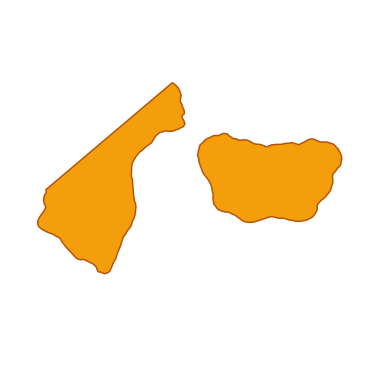 North Thiladhunmathe, Maldives, rotated 140°
{"feature_id": "70690204B83662482201246", "entity_name": "North Thiladhunmathe", "entity_type": "district", "adm_level": 2, "iso_a3": "MDV", "parent_name": "Maldives", "parent_adm1": "", "projection": "mercator", "projection_center": [72.988, 6.959], "detail": "fine", "context": "isolated", "style": "filled", "palette": "amber", "viewbox_px": 384, "rotation_deg": 140, "n_neighbors": 0, "source": "geoboundaries", "source_scale": "gbopen_adm2", "svg_char_len": 4120}
<svg xmlns="http://www.w3.org/2000/svg" viewBox="0 0 384 384"><g transform="rotate(140 192 192)"><path d="M302.4,287.7L303.5,285.8L304.5,285.0L306.5,284.7L308.1,283.6L309.6,282.5L311.0,281.0L312.1,279.1L313.0,277.5L313.0,275.6L314.3,274.1L317.5,272.7L320.0,272.0L322.8,271.3L325.4,270.5L328.4,269.1L330.8,266.8L331.6,264.1L331.4,261.8L330.6,259.1L328.7,254.4L327.2,251.7L325.9,249.5L324.8,246.4L323.7,243.7L322.9,241.2L323.3,238.9L323.7,236.6L323.8,233.5L323.9,231.1L323.9,228.4L323.6,225.1L323.4,222.4L323.4,219.6L323.3,217.4L322.9,214.7L321.9,213.2L321.4,212.3L320.7,211.7L318.5,210.2L317.2,207.7L315.5,203.7L314.3,201.3L313.7,198.8L313.5,197.0L313.9,195.1L314.7,193.0L315.1,191.8L314.6,190.3L313.7,189.8L312.8,188.0L311.6,185.7L309.5,184.5L306.3,184.1L301.8,186.1L298.6,187.9L296.3,188.9L293.8,189.7L291.9,190.7L289.8,192.3L287.4,193.5L284.8,195.0L281.2,196.8L278.3,198.8L273.7,201.6L270.2,202.4L266.4,203.8L262.6,204.6L260.4,205.4L256.2,207.9L252.4,209.7L249.7,211.6L247.4,213.8L244.6,216.6L242.7,219.3L242.0,221.7L239.9,225.2L237.9,228.6L235.7,231.4L234.0,233.8L232.4,236.1L229.9,239.4L228.5,242.7L226.6,245.2L223.6,248.2L222.0,250.1L220.1,251.8L217.3,253.4L214.0,254.5L211.7,255.3L209.2,255.8L207.7,256.0L206.0,256.2L201.7,256.0L197.3,256.4L194.7,255.9L191.3,255.8L188.0,256.8L184.5,258.1L181.3,258.4L178.8,258.3L175.9,257.1L172.9,255.9L172.0,254.7L169.9,252.7L167.4,250.9L164.5,249.9L161.4,248.8L158.5,248.2L156.6,247.7L153.9,248.5L152.4,251.7L151.9,255.0L151.5,256.3L149.5,256.9L147.6,256.9L145.6,259.3L144.8,262.5L143.2,266.4L143.0,268.7L140.5,271.2L138.2,273.0L136.6,276.8L135.7,280.3L135.8,282.3L135.8,284.1L136.2,285.9L136.4,287.3L137.1,288.4L302.4,287.7ZM183.0,166.4L183.3,164.1L183.3,162.7L182.9,160.7L182.1,159.6L181.4,158.1L180.6,157.0L179.2,155.0L177.9,154.0L176.8,152.8L176.2,151.4L175.6,149.8L174.8,148.0L174.2,147.2L173.7,146.0L173.4,144.4L173.2,143.2L172.8,141.6L172.3,140.2L171.8,137.9L171.1,136.0L169.5,134.0L168.2,132.4L167.3,131.6L165.1,129.9L163.4,129.0L161.2,128.1L159.0,127.1L157.5,126.5L155.2,125.7L151.7,124.3L148.5,123.0L146.4,121.7L144.9,119.7L144.1,118.4L142.3,116.1L139.8,114.1L138.0,112.1L136.8,110.0L135.7,108.3L134.1,106.6L133.2,105.6L132.2,104.2L131.5,103.0L130.1,101.9L128.5,100.4L126.3,99.0L124.1,97.8L122.0,96.8L118.7,95.9L116.7,95.6L114.4,95.6L111.6,96.4L109.9,96.8L108.2,97.7L106.7,98.7L105.9,99.9L105.3,100.7L104.3,101.3L103.1,101.9L100.5,102.3L98.0,102.6L96.3,102.4L94.7,102.6L92.8,102.4L91.3,102.8L90.0,103.3L88.0,103.3L86.6,103.8L85.3,104.1L84.7,104.4L83.1,105.5L81.8,106.2L80.5,107.3L79.0,108.1L77.7,109.1L76.6,110.3L75.7,111.7L74.8,113.2L73.7,114.2L72.6,115.1L71.2,115.4L69.8,115.7L68.4,115.7L66.8,116.3L64.4,116.8L62.6,116.7L60.7,117.4L59.1,118.5L57.5,120.0L55.6,121.6L54.6,123.2L53.8,125.1L53.3,126.9L52.9,129.0L52.4,131.3L52.6,133.6L52.7,135.8L53.0,138.1L54.2,139.7L54.8,140.9L55.8,142.4L56.7,143.7L57.8,144.6L59.1,145.8L60.6,146.9L61.5,148.0L62.2,149.0L62.9,150.4L63.5,151.5L64.3,153.3L64.9,154.4L66.0,155.7L67.3,156.5L68.7,157.0L70.1,157.6L72.2,157.8L73.7,158.1L74.9,158.4L77.2,159.1L79.6,159.4L81.0,161.5L82.5,163.8L83.9,165.8L85.2,166.3L87.7,168.0L89.1,169.2L90.9,170.0L93.3,171.4L95.1,172.8L95.9,173.6L97.7,174.9L98.6,175.4L99.7,176.2L100.6,176.9L103.1,177.7L104.5,178.1L106.0,178.9L106.5,179.6L107.3,181.7L108.4,183.2L109.6,185.1L110.9,186.3L112.0,187.3L113.0,188.5L113.8,190.0L114.1,190.7L114.9,193.2L115.8,195.0L117.0,197.1L118.7,198.5L120.1,199.6L121.3,200.4L122.6,201.4L123.3,202.5L124.1,204.5L125.7,206.0L126.3,207.2L126.7,208.8L127.2,210.4L127.8,214.1L129.3,215.8L130.8,216.9L132.1,217.4L134.0,217.7L135.8,218.2L136.6,219.3L137.5,220.2L139.5,221.3L141.1,221.8L143.2,222.2L145.0,222.8L147.1,223.4L149.7,223.3L152.5,222.9L155.3,222.9L157.3,221.9L158.9,220.5L160.7,219.4L162.4,217.8L163.8,217.0L164.6,215.7L164.8,214.7L165.3,213.1L166.0,212.4L167.2,210.7L168.1,208.5L168.8,206.5L169.5,204.6L170.5,201.8L171.1,199.8L171.5,198.0L171.5,196.1L171.5,194.1L171.7,191.8L172.1,188.4L172.8,185.2L174.2,182.6L176.1,179.1L177.3,176.7L178.6,175.0L179.8,173.9L180.9,172.2L182.0,170.3L183.1,168.6L183.0,166.4Z" fill="#f59e0b" stroke="#b45309" stroke-width="1.5"/></g></svg>